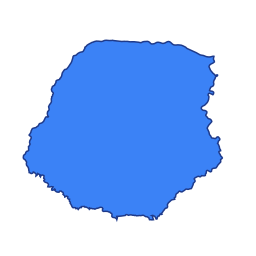 Rio Sono, Tocantins, Brazil, rotated 100°
{"feature_id": "56859067B84036552664614", "entity_name": "Rio Sono", "entity_type": "district", "adm_level": 2, "iso_a3": "BRA", "parent_name": "Brazil", "parent_adm1": "Tocantins", "projection": "robinson", "projection_center": [-47.503, -9.644], "detail": "fine", "context": "isolated", "style": "filled", "palette": "blue", "viewbox_px": 256, "rotation_deg": 100, "n_neighbors": 0, "source": "geoboundaries", "source_scale": "gbopen_adm2", "svg_char_len": 5790}
<svg xmlns="http://www.w3.org/2000/svg" viewBox="0 0 256 256"><g transform="rotate(100 128 128)"><path d="M56.0,184.5L57.1,184.3L58.2,184.8L59.1,185.0L60.3,185.5L60.8,186.0L61.8,188.4L62.6,189.5L63.6,190.6L64.7,191.3L65.3,191.8L66.3,194.0L67.1,194.5L68.3,194.5L71.8,194.9L73.3,195.2L78.4,197.4L80.2,198.4L80.8,198.9L81.3,200.3L82.2,201.0L84.9,202.2L85.6,202.3L88.4,202.4L90.4,203.1L91.0,203.7L91.7,203.7L92.4,204.4L93.2,206.1L93.7,206.7L94.4,207.1L95.3,206.8L97.1,207.3L97.9,207.7L98.7,207.7L99.5,208.9L100.4,209.7L102.1,209.9L102.7,210.1L103.5,210.1L105.0,209.4L106.4,207.7L107.2,207.5L108.1,208.0L109.5,207.9L110.6,208.6L111.7,208.3L112.6,208.6L115.2,208.0L116.2,208.1L118.9,209.4L120.8,209.9L123.3,208.9L124.1,209.0L126.0,210.0L127.7,210.0L129.6,209.3L130.6,208.4L131.2,208.8L131.1,209.5L131.3,210.6L132.0,211.1L136.2,212.3L138.0,213.8L139.1,216.0L141.6,216.9L142.5,217.9L143.5,218.7L144.8,221.6L145.6,222.3L147.9,222.9L149.0,222.9L150.6,223.4L152.1,224.2L152.7,223.5L153.2,222.3L154.0,221.7L155.1,221.6L157.6,222.5L159.2,222.5L160.0,222.2L160.8,221.6L162.8,222.2L163.6,222.8L164.7,222.5L167.3,222.0L168.3,222.9L168.6,223.8L169.8,224.4L170.9,224.5L171.8,224.9L172.4,225.6L173.4,226.1L175.3,226.0L176.4,225.5L177.1,223.8L178.0,223.2L178.5,222.3L179.5,221.9L181.0,221.9L182.3,221.4L184.2,219.4L185.8,218.6L186.6,218.5L187.8,217.9L189.1,217.6L189.2,216.4L189.6,215.8L189.6,215.1L189.0,214.0L187.8,213.7L187.8,213.0L188.3,212.2L189.0,210.8L189.9,210.3L191.2,210.3L190.5,209.6L189.4,208.9L188.5,208.9L188.9,208.0L189.3,206.5L190.5,206.6L191.3,205.7L190.6,205.6L189.6,205.2L189.2,204.3L189.2,203.6L189.5,202.5L190.4,202.3L192.2,202.3L192.8,201.3L193.4,201.1L194.3,201.8L195.2,201.3L195.8,200.1L196.1,197.9L196.9,196.9L197.5,196.5L199.8,196.8L199.7,194.9L199.0,193.3L199.0,191.6L200.3,192.0L201.1,192.6L202.3,192.4L202.4,191.3L201.9,190.6L200.8,189.7L201.2,189.0L202.1,189.3L203.1,187.8L203.4,186.7L203.2,184.8L202.1,184.4L201.7,183.0L202.5,181.7L202.6,180.9L204.0,180.2L204.6,180.5L205.9,178.5L206.9,178.3L206.4,177.4L205.7,176.7L206.1,175.3L207.6,175.3L208.4,174.3L208.3,173.2L210.1,173.1L211.1,171.9L212.2,171.9L213.1,170.9L215.4,169.3L216.1,168.2L215.8,167.5L215.6,165.8L216.5,165.3L215.8,164.0L216.9,162.9L215.2,162.0L214.8,161.5L214.5,160.2L213.5,160.3L212.8,157.3L213.5,156.6L213.1,155.9L213.2,155.2L214.1,152.5L214.8,152.0L214.2,151.6L213.5,151.7L213.8,150.9L213.5,150.2L213.7,148.8L213.4,147.3L213.7,146.5L212.6,145.0L212.2,143.7L210.9,141.6L210.8,140.2L210.9,139.5L211.9,138.7L213.0,139.0L214.0,138.7L214.4,137.8L213.9,135.5L213.7,133.4L214.0,132.5L214.0,131.2L214.7,130.5L215.0,129.3L215.8,128.8L217.8,128.6L218.4,128.0L218.7,127.2L218.6,125.8L218.8,124.7L219.5,123.5L220.2,123.1L218.0,122.9L217.6,123.5L217.0,123.8L215.9,119.4L214.6,115.5L213.7,115.0L213.5,114.1L213.6,113.4L213.9,112.4L213.3,111.1L213.0,110.0L213.1,108.0L212.9,107.3L213.1,106.5L212.7,105.8L213.0,104.5L212.6,102.8L212.2,101.6L212.1,100.2L211.4,98.4L211.3,97.4L212.2,95.3L212.1,93.6L213.0,91.8L214.6,90.9L214.4,89.8L214.3,88.5L213.9,87.0L211.9,88.1L210.3,88.6L210.1,89.3L209.7,88.3L210.2,87.5L210.2,86.4L212.8,84.4L212.3,83.5L211.6,83.8L209.5,83.0L209.3,82.1L207.4,81.5L207.4,80.2L207.0,79.6L206.4,80.4L205.5,79.6L203.7,78.9L202.6,78.2L202.0,78.1L200.5,77.1L200.0,75.8L198.8,75.3L196.6,75.9L194.8,75.3L191.5,72.8L191.0,72.0L190.1,69.6L188.6,70.2L187.7,69.2L185.7,69.3L184.7,69.1L184.0,68.6L183.1,67.6L182.1,67.1L181.5,66.7L181.2,66.0L181.6,65.1L181.6,63.8L179.7,61.7L178.2,60.4L178.0,59.7L178.0,58.3L177.7,57.4L177.2,56.8L176.8,55.3L175.8,54.8L172.3,54.0L171.1,54.1L170.1,53.3L168.9,52.7L168.1,52.9L167.3,53.4L166.7,54.0L165.6,53.5L163.7,51.1L163.3,50.0L163.6,48.6L163.3,48.0L162.1,47.2L162.1,46.2L161.8,44.5L161.3,43.6L159.8,43.7L159.0,43.2L157.0,43.3L156.3,43.1L156.0,42.6L156.0,41.9L156.9,39.3L156.3,38.3L154.5,38.3L153.8,38.1L153.2,37.5L152.8,36.7L152.3,35.0L151.8,34.2L148.6,32.9L146.0,31.2L145.3,30.8L143.0,31.3L141.7,30.1L141.1,29.9L140.3,30.5L139.5,31.7L138.3,32.5L136.8,33.8L136.2,34.2L135.4,34.4L134.8,33.7L134.3,32.8L133.5,33.1L132.3,34.2L130.4,34.9L128.2,36.3L127.7,37.1L126.3,36.7L125.3,36.7L123.9,35.7L123.0,35.6L122.5,35.9L121.5,37.0L121.1,37.6L121.3,38.6L122.7,39.6L123.3,40.3L123.2,42.0L123.3,43.6L122.9,44.2L121.5,45.2L120.3,46.6L117.9,47.6L114.5,50.0L113.7,49.9L111.4,49.1L107.2,46.6L106.6,46.8L105.4,47.8L105.0,48.6L104.8,50.3L104.6,50.9L103.8,51.6L102.2,53.6L101.6,53.7L100.1,53.1L99.1,53.0L98.3,53.2L97.7,54.1L97.4,55.3L97.5,57.0L97.3,57.8L96.4,59.1L95.7,59.3L94.9,59.3L94.0,58.7L93.4,58.1L92.3,56.6L91.6,56.0L89.5,54.6L88.1,54.0L86.0,53.6L83.6,53.7L82.7,53.9L81.8,54.8L80.9,54.9L80.1,54.6L79.6,53.8L80.0,51.8L80.5,50.2L79.8,49.8L79.1,49.7L78.4,49.7L77.8,50.0L77.4,50.7L77.2,51.4L77.2,53.5L77.0,54.2L76.1,54.2L73.5,53.6L71.9,51.6L71.4,51.3L70.5,51.1L69.5,51.2L68.3,51.7L66.5,51.7L64.1,50.8L62.8,50.8L62.2,50.4L61.4,49.3L60.8,48.9L60.2,49.1L60.3,49.8L60.8,50.6L60.9,51.4L59.8,52.8L59.4,53.7L56.9,56.7L53.7,58.8L53.1,58.9L51.6,58.4L50.6,57.4L49.2,55.5L47.9,54.4L47.0,54.7L45.7,55.7L44.6,55.9L42.5,55.8L42.5,56.6L43.7,59.3L43.9,60.0L44.1,61.6L44.1,63.4L43.5,66.3L43.5,69.0L43.4,69.9L42.0,73.8L40.7,78.8L39.4,83.8L38.4,85.3L37.5,88.3L37.2,90.0L37.3,91.7L37.5,93.5L38.0,95.2L38.2,97.1L38.0,97.9L37.7,98.7L36.3,100.9L35.8,102.0L35.8,103.3L36.3,104.4L38.0,106.6L38.6,108.0L38.7,108.8L38.3,111.5L38.3,113.1L38.6,114.3L39.1,115.1L40.3,116.6L40.6,117.3L40.9,118.2L41.1,119.3L41.0,120.0L39.8,121.8L39.4,122.8L39.3,123.8L40.1,127.3L40.8,128.8L41.5,129.6L41.8,130.5L41.7,132.4L42.0,136.9L42.7,140.7L42.8,141.8L42.8,143.4L43.4,147.1L43.9,149.2L44.4,157.3L44.3,158.4L44.6,159.1L45.1,161.5L45.4,164.8L45.9,166.4L47.0,168.1L47.5,169.4L47.6,171.8L47.9,174.2L48.8,176.3L49.5,177.2L49.8,178.1L52.3,181.3L53.4,182.5L54.1,183.0L54.9,183.4L56.0,184.5Z" fill="#3b82f6" stroke="#1e3a8a" stroke-width="1.5"/></g></svg>